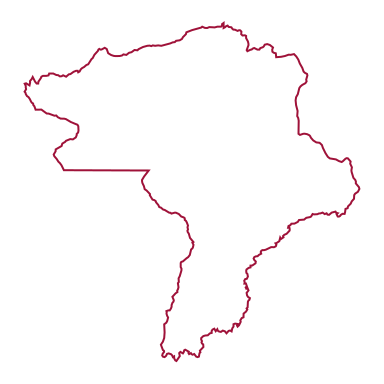 outline of Seringueiras, Rondônia, Brazil
{"feature_id": "56859067B10080877774160", "entity_name": "Seringueiras", "entity_type": "district", "adm_level": 2, "iso_a3": "BRA", "parent_name": "Brazil", "parent_adm1": "Rondônia", "projection": "orthographic", "projection_center": [-63.234, -11.893], "detail": "fine", "context": "isolated", "style": "outline", "palette": "rose", "viewbox_px": 384, "rotation_deg": 0, "n_neighbors": 0, "source": "geoboundaries", "source_scale": "gbopen_adm2", "svg_char_len": 5878}
<svg xmlns="http://www.w3.org/2000/svg" viewBox="0 0 384 384"><path d="M63.9,170.2L148.7,170.5L144.1,176.5L142.0,180.0L142.1,181.6L142.4,183.0L143.9,186.1L144.7,189.2L146.6,190.5L150.0,194.1L149.8,195.2L152.5,199.6L154.3,200.1L155.7,201.1L156.1,202.4L158.3,205.0L159.3,207.1L160.9,207.6L163.2,209.6L164.6,209.9L169.2,212.7L170.5,212.8L171.4,213.6L174.6,212.7L175.9,212.7L178.8,214.0L181.2,216.5L183.7,217.4L184.7,218.2L184.8,220.0L185.9,220.8L186.8,222.4L188.0,225.6L187.5,227.2L188.0,229.5L187.4,230.8L187.8,232.2L188.8,233.6L190.0,237.9L193.4,242.0L192.4,242.7L193.5,244.8L192.9,247.4L192.4,248.4L191.1,249.5L189.8,255.0L188.1,257.2L186.6,258.2L182.9,261.4L181.3,261.9L180.7,263.0L180.7,267.1L181.5,268.7L181.4,270.6L179.7,276.3L178.6,278.3L178.8,282.0L177.9,283.2L178.5,287.3L177.9,289.4L177.2,290.6L177.4,292.1L175.6,293.3L172.4,296.8L173.8,300.2L173.5,301.6L172.4,302.9L171.6,305.1L171.6,306.8L170.9,308.6L169.7,310.4L168.3,310.4L166.4,311.1L166.7,312.3L166.5,313.7L167.2,315.9L168.1,317.5L167.2,321.0L166.3,322.7L164.2,324.3L164.6,332.4L164.2,338.0L162.9,341.7L160.9,344.7L162.9,350.0L163.9,350.7L164.1,351.9L162.7,353.7L162.2,355.5L163.0,356.7L164.6,357.1L166.1,355.8L167.0,353.9L168.6,353.4L171.0,354.2L172.1,355.3L172.9,357.1L174.1,356.4L174.2,358.4L175.3,360.4L176.4,361.0L179.8,356.1L179.2,353.1L180.4,351.9L182.9,353.4L183.7,352.2L184.2,350.3L185.2,349.7L188.8,351.7L188.4,352.9L189.1,354.1L190.9,353.1L191.6,354.2L192.6,354.7L194.2,354.0L196.2,356.6L197.6,357.1L198.9,356.6L199.5,353.2L200.4,352.3L199.9,350.7L203.4,347.0L203.2,344.4L202.0,343.5L201.5,342.3L202.0,341.1L201.2,339.6L201.2,338.1L203.3,336.1L205.3,335.5L207.8,335.3L209.8,333.4L211.7,332.9L211.6,331.1L212.5,329.6L214.3,328.7L215.7,331.2L217.3,329.2L217.8,330.7L219.0,331.5L220.9,331.9L222.8,330.6L224.9,331.3L226.5,333.3L228.6,330.9L230.1,330.5L231.6,331.4L232.3,328.3L233.5,326.6L233.5,324.2L235.1,323.6L237.7,324.0L237.0,325.5L237.6,326.6L239.0,325.3L240.7,321.8L240.3,320.4L241.7,318.1L243.5,317.3L243.6,313.6L246.0,311.6L247.3,309.5L246.6,308.4L247.6,307.4L247.9,301.8L248.5,300.5L249.4,299.8L249.9,298.1L248.1,297.0L247.1,295.5L246.6,292.9L248.5,290.4L247.5,288.0L246.3,288.7L245.7,287.4L246.9,286.3L245.9,283.5L244.4,283.6L244.7,282.2L244.2,280.8L245.2,279.1L246.8,278.8L247.9,276.5L247.4,273.9L246.4,272.9L246.2,270.8L246.5,269.5L248.6,267.9L250.5,267.4L250.5,265.6L252.3,265.5L255.5,263.3L255.8,261.5L254.3,260.0L253.6,258.5L254.3,257.1L255.7,256.4L257.6,256.2L258.9,254.9L261.2,253.7L260.7,252.0L261.3,250.8L262.4,250.1L264.2,250.1L265.8,249.7L271.2,247.1L274.0,247.2L275.8,246.3L276.4,244.7L275.5,243.3L276.6,243.0L279.3,241.2L280.2,237.6L281.0,239.0L283.5,237.3L283.0,236.1L284.3,234.8L286.6,233.8L289.6,230.6L289.7,229.1L289.4,227.6L288.1,227.7L288.5,226.0L290.4,225.1L291.4,223.7L294.5,223.6L297.8,221.9L299.0,220.0L304.1,219.6L306.3,217.8L310.0,217.1L311.1,216.5L312.6,214.0L314.0,214.4L317.4,214.2L318.9,213.5L320.4,213.4L322.6,212.6L324.7,214.1L326.6,213.3L327.5,214.6L329.1,214.8L331.7,212.6L335.5,211.6L336.2,212.8L337.7,213.2L336.6,214.2L337.7,216.5L338.9,216.6L340.0,216.0L340.8,214.9L342.5,213.8L344.6,213.9L345.1,212.0L345.5,208.9L347.6,208.2L348.0,206.4L350.7,203.7L351.7,201.4L354.0,198.8L354.2,195.1L355.1,193.7L357.9,191.8L359.4,188.9L358.9,187.1L355.8,183.4L355.9,181.6L355.3,180.0L353.4,177.8L351.6,171.9L351.4,170.3L351.9,167.3L350.2,163.7L350.6,161.5L347.8,158.3L346.5,158.2L345.4,158.8L342.9,161.2L341.7,162.0L339.0,161.1L335.9,159.4L329.8,158.4L327.8,156.8L325.4,153.0L322.9,147.9L321.9,145.0L319.6,142.8L316.3,142.4L313.2,140.4L310.8,137.6L310.2,136.2L309.4,135.3L307.2,134.2L304.6,133.7L303.2,133.8L300.0,134.9L298.5,133.8L298.7,120.7L298.2,118.0L297.2,116.1L297.6,111.0L296.1,105.2L295.6,100.4L296.1,97.2L297.8,94.2L299.3,88.1L300.5,86.4L302.3,84.9L305.4,83.2L306.6,81.4L306.2,79.6L307.4,75.4L307.0,73.9L305.0,72.9L303.6,71.6L302.3,67.9L299.8,63.5L298.3,59.6L296.3,56.5L294.0,54.1L290.8,54.8L288.6,54.7L285.0,56.0L281.1,56.8L276.2,57.2L275.8,53.3L273.6,52.7L272.4,51.7L272.2,49.7L273.0,47.5L269.9,45.0L267.2,44.1L264.7,44.7L263.8,46.4L262.9,47.2L260.3,48.1L259.4,49.6L257.4,49.6L254.2,48.0L252.7,48.6L251.7,49.5L250.3,49.8L247.4,51.2L246.7,50.1L248.5,45.1L248.4,43.5L247.9,41.4L246.1,38.1L246.1,35.9L244.9,35.3L242.5,35.5L241.2,34.2L241.4,31.6L240.3,30.4L239.1,30.2L237.6,30.9L235.0,29.7L233.3,29.6L232.2,28.6L231.4,27.3L228.6,26.9L227.6,25.6L226.1,26.2L225.1,27.2L223.6,28.0L223.6,23.0L222.1,24.1L222.1,25.5L221.0,26.7L217.3,26.7L214.7,27.4L209.3,27.1L207.2,28.0L204.9,27.9L202.2,26.7L201.1,27.6L192.1,30.1L186.4,32.3L185.9,34.2L182.9,37.2L182.0,38.9L179.7,40.3L176.1,40.8L174.8,42.1L172.6,42.4L170.3,43.4L161.3,45.8L158.2,45.4L155.1,45.8L152.8,45.4L151.3,46.1L149.6,45.6L147.3,45.8L143.0,47.0L138.5,49.2L137.5,50.3L134.5,50.0L131.5,52.2L129.0,52.8L126.4,54.9L123.4,54.4L122.0,55.5L119.7,56.0L115.6,56.1L113.8,55.9L111.1,55.0L108.2,53.2L106.7,49.0L104.7,47.8L101.6,49.5L100.4,49.6L99.3,48.9L98.4,49.6L97.9,50.9L94.4,54.8L92.7,58.1L91.5,59.1L88.2,64.3L86.4,65.0L84.1,67.0L82.1,68.1L80.8,69.3L79.6,71.5L78.2,72.3L77.7,70.8L76.1,70.8L73.6,71.8L70.4,74.1L68.9,74.3L66.1,76.7L63.1,75.3L61.7,76.2L59.9,76.4L58.2,75.2L56.3,75.0L53.2,73.5L49.2,73.5L48.5,75.4L46.1,75.9L42.9,75.9L41.4,76.7L40.8,78.2L38.4,81.7L38.2,83.5L36.6,83.5L35.1,81.7L32.7,77.0L31.7,79.0L30.0,81.1L30.1,82.7L29.5,85.4L26.1,83.3L24.7,83.7L25.8,86.0L25.7,87.2L26.1,89.2L24.6,91.7L25.5,92.8L25.8,94.1L27.0,96.1L28.5,97.1L29.8,99.0L31.1,101.7L31.9,102.8L33.1,103.5L33.3,105.0L34.4,106.3L35.6,109.7L41.4,109.6L46.7,113.5L48.7,113.6L54.4,115.7L56.3,115.5L57.8,117.2L60.6,118.6L64.3,118.7L65.9,119.1L71.0,122.1L77.5,124.8L78.3,126.2L78.5,130.5L78.1,132.5L76.7,134.0L76.7,135.2L75.8,137.4L72.9,139.4L70.2,139.1L66.0,140.8L65.1,141.9L62.3,143.6L61.6,146.0L55.7,149.4L55.6,151.3L53.7,154.5L54.3,156.2L56.7,159.0L58.4,161.7L59.9,163.1L61.5,165.3L63.9,170.2Z" fill="none" stroke="#9f1239" stroke-width="2"/></svg>